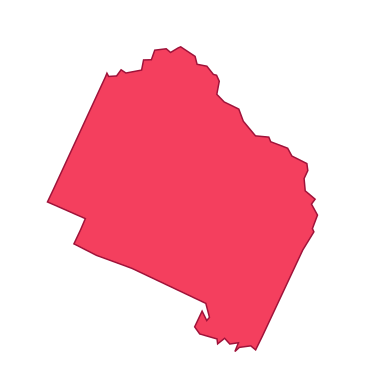 outline of Alachua, Florida, United States of America, rotated 25°
{"feature_id": "52423323B74647916820461", "entity_name": "Alachua", "entity_type": "district", "adm_level": 2, "iso_a3": "USA", "parent_name": "United States of America", "parent_adm1": "Florida", "projection": "orthographic", "projection_center": [-82.336, 29.682], "detail": "fine", "context": "isolated", "style": "filled", "palette": "rose", "viewbox_px": 384, "rotation_deg": 25, "n_neighbors": 0, "source": "geoboundaries", "source_scale": "gbopen_adm2", "svg_char_len": 897}
<svg xmlns="http://www.w3.org/2000/svg" viewBox="0 0 384 384"><g transform="rotate(25 192 192)"><path d="M64.7,120.3L64.9,124.4L65.3,248.0L65.2,262.1L106.6,261.2L107.0,273.6L106.9,288.9L132.2,289.8L169.8,286.6L251.6,287.1L260.8,298.2L259.7,302.3L251.5,295.7L251.4,313.1L259.0,317.4L276.8,314.6L279.4,318.8L283.4,310.8L290.5,313.8L297.8,309.0L298.3,318.4L300.6,312.8L310.3,306.6L316.4,308.2L316.7,293.1L316.9,197.7L319.3,176.6L316.6,174.3L315.5,159.9L305.4,152.5L306.6,146.5L294.1,143.1L287.9,132.4L287.9,123.6L284.1,117.7L267.3,117.2L260.2,111.9L242.1,113.2L238.4,109.8L225.8,114.3L208.6,106.2L199.4,97.1L183.1,96.8L173.2,93.0L169.9,80.1L164.9,75.8L161.7,76.4L152.3,71.7L142.6,74.1L137.5,67.8L120.4,65.2L118.6,67.2L113.6,74.6L108.1,73.1L98.3,79.2L99.3,89.3L92.3,92.8L94.8,102.8L81.8,112.1L76.1,111.2L74.6,118.7L67.6,122.5L64.7,120.3Z" fill="#f43f5e" stroke="#9f1239" stroke-width="1.5"/></g></svg>